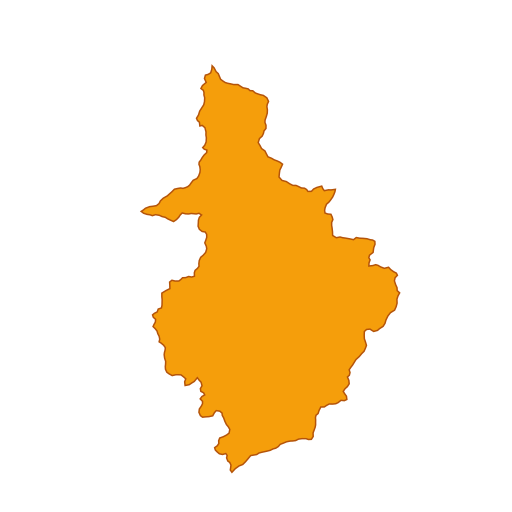 outline of Oliveira, Minas Gerais, Brazil, rotated 249°
{"feature_id": "56859067B19683388883575", "entity_name": "Oliveira", "entity_type": "district", "adm_level": 2, "iso_a3": "BRA", "parent_name": "Brazil", "parent_adm1": "Minas Gerais", "projection": "orthographic", "projection_center": [-44.715, -20.754], "detail": "fine", "context": "isolated", "style": "filled", "palette": "amber", "viewbox_px": 512, "rotation_deg": 249, "n_neighbors": 0, "source": "geoboundaries", "source_scale": "gbopen_adm2", "svg_char_len": 5272}
<svg xmlns="http://www.w3.org/2000/svg" viewBox="0 0 512 512"><g transform="rotate(249 256 256)"><path d="M244.3,337.5L247.7,334.9L251.2,336.1L255.0,337.1L257.5,337.6L260.3,338.7L262.4,340.8L265.0,341.1L268.1,340.9L269.5,338.0L271.4,335.8L274.0,336.4L276.3,337.8L279.1,340.4L280.1,343.2L281.3,345.3L283.5,348.6L285.5,350.7L287.7,352.7L289.8,354.0L290.8,349.7L291.8,347.4L292.5,343.2L294.9,342.5L297.7,342.4L298.2,337.4L297.9,333.8L296.5,330.9L297.7,327.6L299.9,327.1L301.9,325.6L303.3,322.7L305.6,320.6L307.5,318.7L308.7,315.7L311.4,313.3L314.6,311.0L317.3,307.3L321.5,305.8L325.1,307.6L327.8,309.1L329.5,311.0L332.2,313.7L334.9,312.0L337.2,309.8L339.2,307.5L341.7,305.5L344.3,302.7L347.7,302.3L350.9,302.0L354.3,299.7L357.8,299.3L361.1,298.7L364.4,301.3L365.7,304.7L367.7,306.8L369.9,308.3L371.5,311.0L374.5,312.2L377.5,312.2L379.7,313.2L382.5,315.6L385.3,317.7L388.3,319.0L391.6,319.7L393.6,320.9L395.8,323.1L399.8,322.8L403.3,320.4L405.1,317.7L406.6,315.9L408.4,313.8L411.4,312.2L412.6,309.6L414.8,308.6L416.3,306.4L417.7,304.1L420.0,302.4L422.5,300.6L424.1,296.5L426.0,293.7L427.5,291.3L429.0,289.4L431.1,287.9L433.6,286.3L437.0,286.2L439.8,286.1L442.4,284.8L446.7,284.3L449.3,283.2L446.1,281.6L443.2,279.3L442.7,276.3L443.0,273.6L440.2,271.5L435.9,271.7L434.3,267.1L432.1,264.6L429.5,266.2L427.2,266.0L425.0,265.1L422.1,264.8L418.5,263.2L415.9,261.4L413.7,258.4L411.4,255.3L408.3,252.9L405.9,249.8L403.4,249.9L401.2,251.1L397.5,250.2L397.2,252.6L394.1,254.3L389.8,253.8L386.9,252.6L384.1,252.0L380.3,250.3L377.8,247.9L376.3,245.1L374.2,246.0L372.5,248.1L370.2,247.0L368.9,243.8L367.2,241.1L365.4,238.9L364.0,236.6L362.0,235.6L359.6,235.6L356.7,234.9L354.1,233.6L351.2,231.1L349.5,228.6L349.2,224.5L347.5,221.7L346.0,219.5L345.2,217.2L345.1,214.5L345.3,212.1L346.5,210.0L347.1,207.2L347.6,203.8L346.1,200.5L345.2,198.1L343.9,194.7L343.2,190.1L341.7,186.5L339.7,184.3L338.7,181.1L339.4,177.5L340.2,174.4L340.2,169.9L339.4,167.6L338.8,164.8L336.2,166.4L333.9,169.2L332.4,171.9L330.8,173.7L330.6,177.0L328.6,180.4L326.5,182.4L324.6,185.2L322.3,186.9L320.1,189.0L317.7,191.4L318.5,194.8L319.9,197.8L321.4,199.8L322.6,202.5L320.6,205.4L319.4,208.2L318.9,210.8L317.8,213.0L316.7,215.2L316.3,218.1L313.8,219.9L312.4,217.0L310.1,215.1L307.8,214.1L304.5,212.6L301.2,212.7L298.2,214.5L296.6,217.2L293.9,217.7L291.1,216.7L289.1,215.1L286.6,212.9L282.9,213.1L280.4,212.6L277.4,210.3L275.6,206.9L274.6,203.9L272.1,201.4L269.3,199.9L266.8,199.1L265.4,196.9L264.4,194.0L262.4,192.4L259.2,191.3L259.4,188.4L261.0,185.8L261.0,182.7L262.0,179.6L261.0,177.4L260.3,175.0L261.6,171.5L263.5,168.8L262.6,166.0L259.1,164.9L256.4,163.9L256.0,159.7L255.1,154.8L251.7,153.5L248.8,152.7L245.9,151.5L243.7,150.6L241.4,149.1L241.5,145.7L239.2,143.7L238.9,140.6L238.1,138.3L235.5,138.2L232.9,139.6L230.3,138.3L228.7,136.3L227.0,134.6L224.4,135.8L221.5,136.7L218.6,136.5L215.7,136.8L212.8,136.3L210.6,134.8L208.7,136.2L205.8,137.8L202.9,138.5L200.7,137.4L198.8,136.0L196.8,134.9L193.5,134.1L190.0,133.9L187.4,132.8L185.3,131.7L182.7,130.9L179.5,131.1L177.4,132.4L174.4,134.9L173.9,138.5L173.0,140.9L171.9,143.4L168.9,145.2L166.5,146.4L164.1,144.3L160.5,143.4L159.8,147.6L160.5,150.6L161.0,153.4L162.2,155.5L163.4,157.6L160.5,158.4L157.8,159.5L154.2,159.1L152.1,156.5L149.4,156.0L147.0,158.1L144.7,158.3L144.2,155.2L142.6,152.7L139.5,154.0L137.2,153.1L135.4,151.1L133.5,148.3L130.5,146.7L126.9,146.9L124.7,148.3L123.8,151.6L122.9,154.5L122.3,158.3L124.6,161.0L125.9,163.5L124.1,166.6L121.5,168.0L119.3,167.4L116.4,167.8L112.9,167.7L109.2,168.0L106.6,168.9L103.5,169.4L100.3,167.4L99.4,164.3L99.0,160.7L99.1,156.9L96.9,154.9L94.3,154.1L92.7,151.8L91.9,148.7L89.4,148.5L87.1,149.5L84.5,150.9L82.7,153.6L82.4,157.0L80.1,157.6L78.1,156.2L74.7,156.2L72.7,157.5L69.8,157.7L67.7,156.6L65.4,155.3L62.7,156.0L64.9,160.5L66.1,165.0L66.1,168.9L67.7,172.5L69.8,176.3L71.6,179.5L71.0,182.5L70.4,185.5L71.0,188.2L70.7,191.1L70.3,193.6L69.9,196.2L69.5,199.5L69.8,202.9L69.5,205.5L70.1,208.5L71.5,211.1L71.5,214.5L71.6,218.0L71.0,221.5L70.2,223.9L69.5,226.8L69.8,230.1L69.0,233.5L67.5,237.3L65.9,239.2L65.0,242.0L67.0,244.7L70.4,245.9L73.0,248.2L75.0,249.9L76.9,251.1L79.3,252.0L81.5,252.9L83.8,253.6L85.8,254.9L86.7,257.5L89.3,259.6L91.8,262.4L90.6,265.7L91.2,268.2L91.6,271.3L90.3,274.5L89.5,277.6L89.7,280.1L90.8,283.6L89.3,286.6L89.5,289.4L92.7,290.2L95.7,289.4L98.3,288.9L100.1,291.4L101.4,294.6L103.3,297.2L106.6,298.1L110.3,298.0L111.2,300.4L113.5,302.0L116.4,302.2L118.0,304.5L119.6,307.1L121.6,309.7L123.5,312.2L125.1,316.3L127.0,319.7L128.3,322.7L130.8,325.2L133.0,327.1L136.6,327.4L139.9,327.5L143.2,328.6L146.7,330.1L147.8,332.9L146.9,336.2L143.4,338.8L143.0,342.8L143.9,345.3L144.8,349.5L146.9,352.3L149.7,354.4L152.8,357.7L154.9,361.2L155.8,366.0L158.5,368.7L161.4,370.8L165.2,372.1L167.9,374.3L170.1,376.9L173.1,375.4L175.9,376.3L179.1,376.1L183.2,376.3L185.9,378.1L187.3,381.1L189.7,380.9L192.1,378.8L195.0,376.9L198.0,375.7L198.5,371.4L201.2,368.4L203.6,366.5L205.0,364.6L205.2,361.6L206.2,357.8L209.0,359.0L211.5,361.1L214.0,360.7L216.1,362.3L217.4,366.6L221.6,368.9L224.3,371.3L227.1,372.2L229.1,370.6L230.3,368.4L232.4,365.7L234.1,362.3L235.5,359.1L237.3,356.2L236.3,352.9L238.5,349.5L240.5,346.2L242.0,343.5L243.6,341.3L244.3,337.5Z" fill="#f59e0b" stroke="#b45309" stroke-width="1.5"/></g></svg>